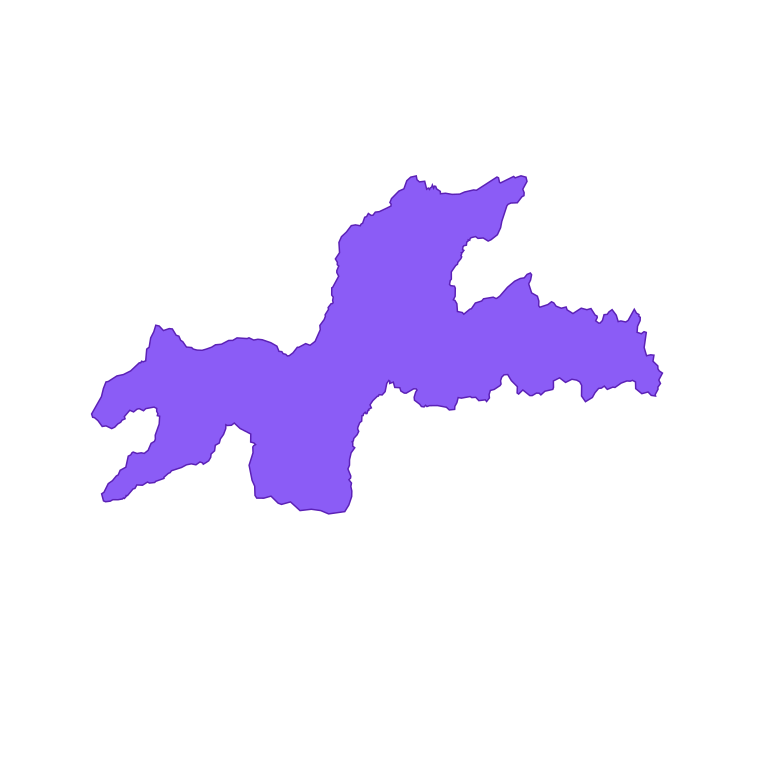 Parinacochas, Ayacucho, Peru (Equal Earth projection), rotated 33°
{"feature_id": "86281439B29784244980740", "entity_name": "Parinacochas", "entity_type": "district", "adm_level": 2, "iso_a3": "PER", "parent_name": "Peru", "parent_adm1": "Ayacucho", "projection": "equal_earth", "projection_center": [-73.675, -15.069], "detail": "fine", "context": "isolated", "style": "filled", "palette": "violet", "viewbox_px": 768, "rotation_deg": 33, "n_neighbors": 0, "source": "geoboundaries", "source_scale": "gbopen_adm2", "svg_char_len": 6170}
<svg xmlns="http://www.w3.org/2000/svg" viewBox="0 0 768 768"><g transform="rotate(33 384 384)"><path d="M390.4,133.2L385.5,134.8L381.7,139.7L379.7,139.3L372.2,151.9L371.1,152.0L367.7,148.7L366.0,148.9L356.0,171.2L353.5,172.4L347.0,179.1L344.1,183.5L337.8,187.9L331.7,190.5L327.7,193.7L326.3,191.8L321.9,191.7L319.7,190.1L318.5,190.6L318.9,192.7L316.2,190.8L316.7,192.8L315.9,194.7L316.2,196.0L314.4,195.6L313.7,197.4L307.7,191.8L303.6,195.2L300.4,194.7L297.7,191.9L293.7,196.0L292.4,201.1L294.4,209.5L291.4,214.1L289.3,224.4L290.1,228.6L292.1,229.3L292.9,231.0L286.2,242.0L283.1,244.6L282.8,248.5L281.3,249.6L278.0,249.5L278.2,253.1L277.0,254.7L278.5,260.7L277.7,262.4L277.9,264.2L273.4,266.1L270.3,269.0L269.7,277.1L268.1,283.6L269.1,289.8L275.2,298.1L275.1,305.6L278.6,307.3L279.8,309.4L281.8,309.7L282.7,314.7L283.8,316.3L287.3,318.3L288.3,330.9L287.8,331.8L291.7,337.9L294.1,338.8L295.4,341.9L297.0,343.4L297.0,344.5L295.9,345.5L295.5,350.3L296.8,351.6L296.9,358.0L298.0,359.2L298.7,362.6L298.3,369.8L301.0,373.2L303.0,385.8L300.9,391.8L296.3,392.8L292.5,399.7L291.3,400.4L290.7,407.4L289.1,411.9L287.7,413.1L285.5,412.6L282.9,413.5L280.7,412.5L278.1,413.8L273.6,410.6L266.6,411.0L257.8,413.2L253.8,415.2L250.8,418.1L245.6,418.8L244.5,420.4L235.6,425.4L233.4,429.8L230.0,432.1L226.0,439.2L221.3,442.9L219.4,447.0L215.8,451.7L213.1,454.8L208.7,457.4L205.0,458.6L202.8,458.2L198.2,460.6L192.2,458.1L189.7,458.1L185.9,455.6L183.1,456.3L176.5,453.1L173.7,454.5L169.9,459.3L163.9,457.8L160.6,459.0L162.5,465.6L163.2,472.4L167.0,481.0L166.0,484.0L171.5,494.3L169.9,496.6L168.3,496.9L168.4,498.8L167.2,499.5L164.4,511.0L160.3,518.0L155.6,522.7L151.4,532.0L149.7,533.7L151.1,540.5L153.9,548.5L155.1,568.4L157.8,570.6L159.5,569.9L164.1,570.5L170.8,573.1L173.7,570.5L179.9,569.7L181.7,566.8L182.5,562.5L184.0,559.5L184.0,557.0L185.8,554.2L184.0,552.8L185.1,544.5L189.2,543.8L190.6,539.6L192.1,538.0L196.9,537.4L197.6,534.4L203.7,528.6L206.7,528.3L208.2,530.7L210.5,532.0L211.1,534.0L213.4,533.2L217.3,540.1L220.0,551.5L222.3,554.8L222.7,557.2L221.0,560.6L222.3,568.1L220.7,572.8L217.9,573.9L214.7,576.8L210.7,577.7L210.1,578.9L210.2,581.4L208.8,583.8L212.8,594.4L209.7,600.1L210.6,605.0L209.6,606.9L208.9,613.0L207.0,617.7L208.1,627.3L207.0,629.9L212.4,634.8L214.6,634.4L218.2,631.4L219.6,628.7L224.0,625.9L227.3,622.8L227.5,621.6L228.6,621.4L229.0,618.6L228.5,618.0L229.6,617.3L230.7,608.7L232.0,607.2L231.7,603.3L236.6,600.4L239.0,595.1L241.3,594.8L245.3,591.5L245.6,589.9L250.9,583.0L250.2,582.2L251.8,576.4L252.9,574.8L253.0,572.5L259.7,564.2L262.4,559.3L265.9,555.9L270.3,554.2L272.1,549.6L274.8,549.0L276.1,549.7L277.5,546.9L278.8,543.9L278.6,539.9L277.1,536.9L278.3,532.3L275.9,527.3L278.0,523.2L276.7,519.2L276.9,513.7L275.6,507.7L273.6,504.3L275.1,504.2L278.5,501.7L279.7,498.3L287.5,499.7L299.5,498.5L303.8,505.3L307.0,504.3L309.3,504.8L308.3,506.6L308.3,508.3L311.6,513.0L315.1,525.6L325.8,536.6L331.2,540.1L336.5,547.7L339.4,549.0L345.4,545.2L350.3,539.6L360.1,541.6L363.6,540.8L369.8,533.8L382.5,535.9L391.3,528.6L399.9,524.6L408.3,523.1L420.6,512.4L420.4,504.6L418.2,496.0L415.3,491.3L412.0,488.0L410.7,484.8L406.7,483.4L407.2,481.1L406.3,479.3L400.0,474.9L399.3,470.9L396.3,466.2L393.9,459.6L394.2,453.4L391.6,453.1L389.7,450.1L388.8,449.9L389.3,448.5L388.3,446.1L389.1,441.2L388.6,437.5L386.4,436.1L385.6,434.4L384.7,429.6L385.5,427.3L382.8,422.7L383.7,421.8L383.1,420.2L383.6,418.0L385.1,418.7L385.8,418.0L385.0,415.3L385.6,414.3L384.9,413.7L386.4,410.9L383.6,409.1L383.7,404.0L385.1,397.9L385.9,397.2L385.7,395.6L388.4,394.2L389.1,389.8L386.0,382.0L386.1,378.4L387.4,378.5L388.5,380.4L390.8,377.4L394.9,381.0L399.3,378.5L401.9,380.7L405.9,380.6L407.6,379.6L411.5,371.9L413.6,370.6L415.0,371.1L415.0,373.6L416.5,378.7L418.4,381.0L425.0,381.5L427.6,382.5L430.1,381.4L430.5,379.2L432.3,379.5L433.9,377.4L440.7,372.9L449.0,369.5L452.9,370.2L457.1,366.8L455.6,364.2L455.3,360.0L453.6,355.0L456.6,353.7L463.1,347.6L465.0,347.6L468.2,345.2L472.6,346.3L477.6,342.1L479.6,342.8L480.0,338.2L477.9,335.7L476.7,331.5L479.4,328.5L482.2,322.1L482.2,320.3L480.0,317.8L479.0,314.2L479.7,310.9L482.6,308.7L488.9,311.8L497.3,313.6L500.5,319.0L502.4,319.1L503.7,313.4L512.6,314.3L514.6,313.0L516.8,308.6L519.2,307.2L521.5,307.7L522.9,302.4L528.5,296.6L528.0,294.5L524.4,289.2L527.9,283.2L535.4,283.8L539.0,277.7L543.5,275.8L547.0,275.6L550.5,277.5L556.2,286.5L562.6,289.1L566.1,281.8L565.7,276.4L566.4,270.8L568.6,269.0L569.9,265.8L574.2,266.9L577.6,262.0L579.6,261.1L582.4,254.1L586.0,249.2L589.0,247.5L590.4,245.6L593.8,245.3L597.6,250.8L605.5,251.7L609.8,246.9L614.3,248.0L618.3,246.2L617.2,245.2L616.7,239.2L615.4,237.5L615.6,233.0L612.3,231.0L611.6,223.2L607.8,223.1L605.5,222.1L603.8,219.7L597.2,218.4L594.7,212.8L591.7,214.3L588.8,217.3L582.3,211.7L575.9,197.9L573.6,198.5L572.4,201.7L568.1,202.8L565.2,197.5L564.3,191.4L562.6,188.5L560.9,188.4L560.0,186.9L557.2,187.1L553.2,185.0L554.1,197.7L553.0,200.3L548.3,202.1L546.4,204.1L541.3,199.8L534.8,197.4L533.4,201.0L533.3,204.0L530.8,206.0L532.6,211.8L532.0,215.3L530.9,216.0L527.1,215.7L526.7,212.2L525.7,211.0L523.5,211.2L516.5,208.0L513.7,211.2L508.1,213.0L504.1,222.0L497.2,222.1L494.8,220.2L491.4,223.9L485.9,225.0L482.2,223.5L479.7,223.8L478.2,228.1L472.9,234.7L471.1,234.1L468.7,230.1L464.8,226.8L458.2,227.2L450.8,221.2L450.3,217.0L448.3,212.0L446.3,211.2L444.3,214.1L443.8,218.6L440.8,221.3L437.6,226.6L434.9,235.6L433.3,247.1L432.1,250.3L431.4,251.3L428.3,251.7L421.1,258.3L420.7,261.2L416.5,266.3L416.3,273.2L415.2,274.6L412.9,282.0L410.8,281.4L406.1,283.2L401.4,277.0L398.0,275.3L396.3,275.6L395.9,271.7L391.6,264.8L389.8,263.6L386.3,265.2L384.7,264.8L383.2,261.1L383.4,259.4L379.4,253.3L379.6,245.6L380.4,243.6L379.7,241.8L380.2,237.0L379.9,235.0L378.6,234.4L378.3,232.5L377.3,231.7L378.1,231.0L378.2,228.4L376.7,228.5L375.5,225.9L375.7,224.5L377.5,222.7L376.1,219.9L376.7,218.3L376.1,217.2L377.6,216.8L377.0,215.0L377.5,213.7L380.5,210.5L383.5,210.7L387.7,207.5L393.5,207.4L395.2,204.7L397.8,197.1L396.7,189.5L394.2,183.4L390.0,167.6L390.2,165.7L391.9,163.1L397.1,159.4L397.7,151.8L398.8,149.8L397.3,147.2L394.3,145.0L393.6,136.2L390.4,133.2Z" fill="#8b5cf6" stroke="#5b21b6" stroke-width="1.5"/></g></svg>